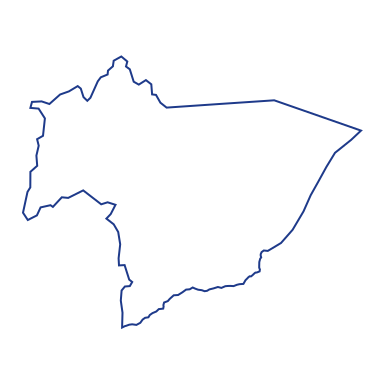 Huerfano, Colorado, United States of America (orthographic projection)
{"feature_id": "52423323B93107180382788", "entity_name": "Huerfano", "entity_type": "district", "adm_level": 2, "iso_a3": "USA", "parent_name": "United States of America", "parent_adm1": "Colorado", "projection": "orthographic", "projection_center": [-105.039, 37.654], "detail": "fine", "context": "isolated", "style": "outline", "palette": "blue", "viewbox_px": 384, "rotation_deg": 0, "n_neighbors": 0, "source": "geoboundaries", "source_scale": "gbopen_adm2", "svg_char_len": 1801}
<svg xmlns="http://www.w3.org/2000/svg" viewBox="0 0 384 384"><path d="M27.8,220.0L36.9,215.4L40.6,207.4L50.5,205.2L52.9,206.9L61.8,197.3L68.2,197.9L83.2,190.4L101.2,204.3L107.6,202.3L115.5,204.8L110.7,214.1L106.4,218.6L113.7,224.3L118.2,232.0L120.2,244.3L118.6,258.3L119.0,265.4L124.6,265.1L129.2,279.6L132.2,282.0L129.8,286.1L124.9,286.5L121.6,290.5L120.8,300.6L122.5,312.7L122.1,327.5L125.2,326.0L125.9,325.9L129.2,324.7L132.2,324.3L136.4,324.9L140.3,322.8L142.6,319.6L145.1,317.8L148.4,317.3L149.8,315.0L152.5,313.1L153.7,312.6L156.3,311.5L158.8,309.1L161.8,308.8L163.2,308.6L163.6,306.6L163.4,305.1L164.1,302.5L167.8,301.1L169.8,298.8L173.7,295.3L178.1,295.0L182.4,292.3L186.1,289.6L189.7,289.3L192.7,287.5L195.1,288.6L198.1,289.7L201.8,290.2L204.6,291.2L207.1,290.8L209.4,289.4L213.5,288.4L217.9,287.0L221.4,287.9L225.3,286.2L227.4,286.0L230.3,285.9L233.6,286.1L236.9,284.8L239.4,284.2L243.4,283.9L245.5,280.2L247.6,278.1L248.2,277.4L249.6,276.3L251.0,276.4L252.4,275.3L254.6,273.2L255.4,272.6L256.8,272.5L259.6,271.4L259.9,269.5L259.2,267.7L259.2,265.9L259.3,262.0L260.2,258.7L261.2,257.4L260.7,255.7L260.7,254.2L261.6,252.1L263.8,250.5L267.8,250.9L281.0,243.0L292.6,229.8L303.5,211.4L310.7,195.2L318.1,182.0L326.4,166.9L335.0,152.8L351.1,139.9L361.0,130.6L274.2,100.3L268.5,100.7L220.8,103.9L166.6,107.6L160.4,102.7L156.0,94.9L152.1,94.4L151.3,84.3L145.9,80.1L138.8,84.6L133.7,81.7L129.8,69.3L126.0,66.5L127.3,61.5L121.3,56.5L113.7,60.7L112.9,66.3L108.0,70.6L107.6,74.5L100.8,77.3L97.8,81.3L90.4,97.8L87.3,100.8L83.5,97.1L80.8,88.6L77.7,86.1L68.9,91.4L60.1,94.5L49.4,104.0L41.6,101.4L32.0,101.9L30.4,107.9L38.6,108.6L44.9,118.4L43.0,135.8L37.1,139.2L38.7,145.7L36.4,155.6L37.2,165.8L30.4,171.8L30.3,187.4L27.5,191.9L23.0,212.7L27.8,220.0Z" fill="none" stroke="#1e3a8a" stroke-width="2"/></svg>